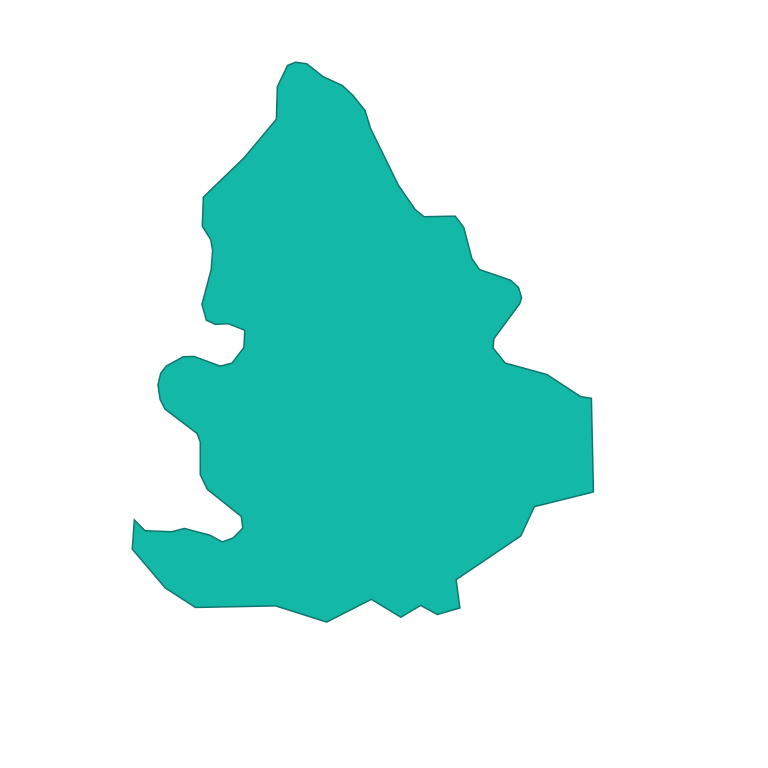 Markhamat, Andijon, Uzbekistan, rotated 200°
{"feature_id": "79887680B89624246820139", "entity_name": "Markhamat", "entity_type": "district", "adm_level": 2, "iso_a3": "UZB", "parent_name": "Uzbekistan", "parent_adm1": "Andijon", "projection": "equal_earth", "projection_center": [72.343, 40.524], "detail": "fine", "context": "isolated", "style": "filled", "palette": "teal", "viewbox_px": 768, "rotation_deg": 200, "n_neighbors": 0, "source": "geoboundaries", "source_scale": "gbopen_adm2", "svg_char_len": 1083}
<svg xmlns="http://www.w3.org/2000/svg" viewBox="0 0 768 768"><g transform="rotate(200 384 384)"><path d="M184.2,441.5L194.9,439.4L234.2,448.6L277.3,445.1L293.9,455.2L296.2,464.3L283.9,506.0L284.2,512.1L290.5,520.6L300.4,524.8L333.4,524.2L344.3,531.9L362.5,558.3L374.5,566.1L403.6,554.9L414.4,558.6L438.3,575.6L484.0,619.5L495.2,634.4L511.8,644.5L525.2,650.2L546.6,652.0L566.1,658.5L577.2,656.1L583.6,650.3L585.9,626.8L575.7,596.0L592.8,548.9L617.7,497.8L608.7,470.1L596.1,460.3L590.7,450.8L585.5,432.1L582.3,396.5L572.7,383.1L563.0,382.4L551.0,387.4L533.2,386.9L528.1,370.3L534.0,351.7L544.0,344.8L572.0,344.9L582.0,341.0L594.8,326.3L597.5,317.6L596.1,305.9L589.1,292.9L581.2,285.5L542.6,273.5L536.8,266.6L525.6,235.9L514.0,224.6L472.8,210.7L467.4,200.2L473.1,187.8L482.0,180.3L495.8,182.4L522.2,180.0L533.1,172.5L558.4,164.4L572.1,170.9L564.1,142.7L519.7,117.5L484.8,109.5L410.0,138.4L356.4,140.7L322.3,177.3L288.4,170.6L273.8,188.5L255.1,185.6L236.1,199.5L249.3,224.8L203.5,288.0L200.7,320.2L150.3,354.2L184.2,441.5Z" fill="#14b8a6" stroke="#0f766e" stroke-width="1.5"/></g></svg>